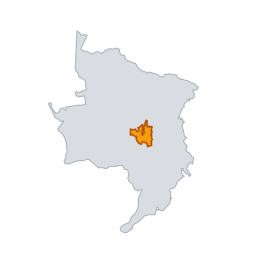 Colombia, with Cundinamarca highlighted, rotated 172°
{"feature_id": "COL-1398", "entity_name": "Cundinamarca", "entity_type": "Department", "adm_level": 1, "iso_a3": "COL", "parent_name": "Colombia", "parent_adm1": "", "projection": "orthographic", "projection_center": [-74.139, 4.765], "detail": "fine", "context": "in_parent", "style": "filled", "palette": "amber", "viewbox_px": 256, "rotation_deg": 172, "n_neighbors": 0, "source": "natural_earth", "source_scale": "10m", "svg_char_len": 7721}
<svg xmlns="http://www.w3.org/2000/svg" viewBox="0 0 256 256"><g transform="rotate(172 128 128)"><path d="M147.6,31.9L145.0,33.0L139.9,34.3L136.4,40.1L134.0,41.1L131.0,44.6L128.8,48.8L127.2,57.5L122.8,64.9L123.2,65.2L124.9,64.9L126.6,64.1L127.2,64.3L127.8,65.6L129.8,66.0L131.4,71.9L134.5,75.0L134.8,76.1L135.2,78.6L134.1,80.1L133.9,85.6L134.8,87.0L137.1,87.5L138.6,90.9L139.6,91.7L141.0,92.2L144.4,91.7L150.4,92.2L151.9,92.1L155.2,90.9L159.6,92.4L162.7,92.6L171.5,102.8L172.3,102.5L173.4,103.1L175.6,102.0L177.5,101.9L180.0,102.4L183.2,102.3L189.8,101.2L190.7,100.6L194.3,101.2L195.4,101.9L195.9,103.8L195.5,105.0L194.3,106.2L193.6,107.8L193.5,109.7L192.9,111.1L191.7,112.0L191.3,113.3L191.6,115.0L191.0,122.8L191.5,123.4L191.9,126.6L193.5,130.7L194.2,131.9L195.5,132.9L197.8,136.3L197.3,137.4L191.4,142.8L191.1,144.1L192.3,143.5L194.1,144.0L194.7,145.3L199.1,149.0L199.1,150.4L200.4,153.2L200.1,153.8L203.2,161.8L203.3,163.4L200.8,163.9L200.7,158.6L200.3,157.5L197.4,152.8L196.8,152.4L194.9,153.0L191.7,156.5L190.2,157.0L189.0,156.6L187.8,154.5L187.0,154.1L186.3,155.9L187.3,157.4L173.1,157.5L170.3,156.9L166.6,157.7L166.5,165.8L173.2,165.8L175.1,168.1L174.9,170.0L175.2,170.7L173.6,171.1L171.2,169.8L167.1,171.4L164.0,171.7L163.8,180.6L165.7,182.8L169.2,185.2L169.8,186.8L169.5,188.3L170.4,190.2L171.5,191.2L171.5,192.4L172.1,193.6L165.0,231.2L162.5,228.9L161.6,226.8L160.4,226.0L158.0,226.7L155.5,225.6L163.7,212.9L163.5,211.8L156.6,208.7L155.9,207.9L152.7,206.3L150.9,206.7L149.8,207.6L147.4,207.8L145.3,206.5L142.9,205.6L140.1,207.8L139.2,207.8L137.2,208.7L135.0,209.1L132.1,208.1L129.8,208.8L128.2,208.6L127.6,208.0L125.5,207.2L125.3,206.4L125.9,204.8L125.0,201.7L124.7,201.2L123.1,201.1L121.3,200.0L120.9,199.3L121.3,198.1L121.0,197.0L119.2,194.5L116.7,193.9L114.4,191.8L112.0,191.1L110.9,189.6L109.8,186.3L107.4,183.6L105.7,182.8L105.1,181.5L103.3,181.4L100.9,179.7L99.8,179.6L99.1,180.4L96.8,179.5L94.9,178.3L93.0,177.9L91.7,177.2L89.3,174.7L86.8,173.6L85.4,174.0L84.9,175.8L84.0,176.1L81.1,175.6L80.7,176.0L79.9,175.9L76.4,174.6L72.9,174.1L72.0,171.1L69.7,170.0L69.1,168.6L67.5,168.7L61.5,165.9L59.0,164.0L56.9,163.0L54.7,160.8L54.4,160.0L52.7,158.7L53.5,157.1L55.6,155.9L58.2,156.9L58.6,155.0L57.6,153.4L58.1,149.7L58.8,148.8L60.2,148.1L61.2,148.4L61.7,147.8L63.9,148.1L64.6,147.8L66.3,146.3L67.0,145.1L67.7,145.2L69.5,143.2L69.2,141.2L70.9,140.8L72.7,137.5L73.4,137.4L73.8,135.9L76.9,130.4L75.8,131.0L74.6,130.7L74.8,128.8L74.4,128.6L73.4,130.0L72.6,128.6L72.8,126.2L71.4,126.7L71.5,126.1L73.5,124.4L74.3,120.4L73.7,118.9L73.3,112.9L73.0,111.7L71.3,110.2L73.9,108.5L74.9,107.2L73.7,104.5L72.2,102.3L72.1,100.9L73.1,101.0L73.5,97.3L72.6,95.9L71.5,95.8L68.2,90.3L67.0,89.2L67.9,86.5L68.9,85.4L68.7,83.3L69.4,83.4L70.9,85.3L71.5,85.0L73.8,83.3L73.9,81.7L75.7,80.0L73.2,74.3L72.3,73.4L73.4,71.6L74.0,71.7L74.9,73.5L76.6,74.7L78.9,77.8L79.9,78.5L79.2,79.2L79.0,80.0L79.4,80.4L80.7,80.5L81.3,79.6L80.9,75.8L80.4,73.9L79.1,72.5L79.5,72.0L82.0,71.0L87.1,67.4L88.8,64.0L90.2,62.8L91.7,62.0L93.5,62.1L94.9,61.7L95.4,60.6L94.4,58.3L95.5,55.0L95.5,53.4L96.2,52.4L96.0,52.0L94.1,53.1L96.0,50.9L97.3,47.4L104.7,41.2L109.5,42.7L111.0,42.6L109.0,43.4L108.7,44.3L109.4,45.2L110.1,45.5L110.7,44.9L112.3,41.3L112.6,39.3L113.3,38.6L114.3,38.4L118.9,39.2L123.4,38.9L130.6,33.8L136.0,31.6L137.3,29.5L137.6,27.9L138.6,27.3L139.7,27.2L140.3,26.4L142.7,25.0L145.4,24.8L148.2,26.0L149.6,28.1L149.8,29.6L147.6,31.9ZM64.0,147.4L63.7,147.7L63.0,147.2L62.8,146.5L63.2,146.1L63.7,146.2L64.0,147.4Z" fill="#d9dde1" stroke="#a8b0b8" stroke-width="1"/><path d="M108.9,133.1L108.5,132.8L108.0,132.2L108.2,131.3L108.5,130.7L108.6,130.4L108.7,130.2L108.4,129.6L108.6,129.1L108.5,128.9L108.6,128.6L108.8,128.3L108.9,128.2L109.1,128.0L109.1,127.8L109.0,127.4L108.9,127.1L108.5,126.4L108.3,126.2L108.2,126.1L107.8,126.0L107.5,126.2L107.4,126.2L107.3,126.3L107.3,126.5L107.2,126.6L107.0,126.8L106.9,126.8L106.6,126.8L106.5,126.7L106.4,126.7L106.0,126.3L105.8,126.4L105.7,126.2L105.3,126.0L105.3,125.9L105.0,125.9L104.7,126.0L104.4,126.0L104.1,126.1L104.0,125.9L104.0,125.6L104.9,123.6L105.1,123.1L105.1,122.6L104.9,122.1L105.1,122.1L104.9,121.9L105.0,121.7L105.2,121.4L105.2,121.2L105.0,120.9L104.8,120.6L104.8,120.4L105.0,120.2L105.3,120.1L105.3,119.9L105.5,119.6L105.5,118.9L105.5,118.7L105.6,118.4L105.8,118.4L105.7,118.3L105.7,118.2L105.8,117.9L105.6,117.5L105.6,117.4L105.9,117.2L106.0,117.2L105.8,116.8L105.8,116.7L105.8,116.4L105.9,115.6L105.8,113.6L105.8,113.4L105.7,113.2L105.8,113.2L106.1,112.9L106.2,112.6L106.4,112.2L106.5,111.9L106.7,111.7L106.6,111.4L106.9,111.3L106.8,111.1L106.8,110.9L106.8,110.6L106.9,110.4L106.7,110.4L106.7,110.2L106.8,110.1L107.0,110.1L107.1,109.9L106.9,109.8L107.1,109.3L107.1,109.0L107.1,108.8L107.0,108.7L107.1,108.4L107.1,108.2L107.0,107.6L107.9,107.4L108.2,107.3L108.3,107.2L108.7,107.2L108.8,107.3L109.0,107.3L109.6,107.5L109.9,107.4L110.0,107.3L110.2,107.2L110.6,106.8L110.7,106.7L110.8,106.7L110.9,106.8L111.0,106.9L111.0,107.0L111.2,107.4L111.2,107.5L111.3,107.6L111.3,107.9L111.3,108.1L111.4,108.3L111.5,108.5L111.4,108.7L111.3,108.8L111.2,109.1L111.2,109.4L111.3,109.7L111.9,110.2L111.9,110.5L111.9,110.8L112.0,111.0L112.5,111.0L112.8,111.2L113.1,111.3L113.8,111.3L113.8,111.6L113.9,111.8L114.1,111.9L114.3,112.0L114.5,112.0L115.0,112.3L115.8,111.6L116.2,111.5L116.3,111.2L117.0,110.3L117.2,110.0L117.4,110.0L117.5,110.0L117.6,110.7L118.3,111.0L118.5,110.9L118.8,111.2L119.0,111.3L119.2,111.2L119.3,111.2L119.3,111.4L119.5,111.6L120.0,112.1L120.1,112.3L120.1,112.6L120.1,112.9L120.1,113.1L120.5,113.5L120.8,113.7L121.0,114.0L120.9,114.4L121.0,114.7L121.3,115.2L121.3,115.4L121.3,115.5L121.3,115.8L121.5,116.2L121.5,116.3L121.0,116.7L121.0,117.1L120.7,117.8L120.7,118.0L120.9,118.4L122.0,118.4L122.3,118.5L122.6,118.9L122.8,119.1L122.8,119.4L122.9,119.5L123.3,119.7L123.6,120.1L123.7,120.3L123.9,120.4L124.1,120.3L124.4,120.3L124.5,120.3L124.6,120.8L124.7,121.0L125.0,121.0L125.5,121.2L126.0,121.2L126.3,121.0L126.3,120.9L126.5,120.6L126.5,120.4L126.8,120.3L126.6,120.5L126.2,123.4L125.8,126.1L125.8,126.4L125.7,126.6L125.1,126.3L125.0,126.2L124.9,126.2L124.7,125.9L124.4,125.8L122.9,125.4L122.1,125.5L121.8,125.7L121.6,125.8L121.4,125.9L121.2,125.8L120.9,125.7L120.7,125.6L120.6,125.4L120.3,124.7L120.2,124.3L120.2,124.2L120.0,123.8L119.9,123.7L119.7,123.4L119.3,123.3L119.2,123.2L118.9,123.0L118.8,122.9L118.6,123.0L118.3,123.4L118.3,123.5L118.0,123.7L117.7,123.8L117.5,124.1L117.4,124.2L117.4,124.4L117.5,124.6L117.7,125.3L117.6,125.5L117.7,125.8L117.9,126.0L118.0,126.2L118.0,126.3L118.0,126.5L118.1,126.9L117.8,126.9L117.6,126.9L117.3,126.9L117.2,127.0L116.3,127.4L116.0,127.5L115.8,127.6L115.7,127.9L115.5,128.0L115.3,128.1L115.1,128.1L114.8,128.2L114.6,128.5L114.1,128.8L113.5,129.4L113.1,129.3L113.3,128.7L113.4,128.3L113.4,128.2L113.5,128.1L113.9,127.8L113.9,127.7L113.8,127.4L113.6,127.2L113.3,126.8L113.1,126.3L113.1,126.1L113.7,125.2L113.8,124.8L113.7,124.7L113.6,124.4L113.6,124.1L113.6,123.9L113.9,123.6L114.1,123.4L114.2,123.1L114.6,122.5L114.9,122.4L115.1,121.6L114.9,121.6L114.7,121.4L114.7,121.2L114.8,121.1L114.9,120.9L114.8,119.8L114.8,119.6L114.9,119.3L114.5,119.1L114.3,119.1L114.2,119.1L114.0,119.3L113.9,119.5L113.7,119.6L113.4,120.3L113.2,120.4L113.1,120.6L112.9,120.7L112.9,120.8L113.0,120.9L113.0,121.0L112.9,121.2L112.6,121.3L112.3,121.6L112.4,121.9L112.5,122.0L112.8,122.7L112.8,123.2L112.4,124.5L112.6,124.4L112.7,124.5L112.5,125.2L112.4,125.8L112.4,126.0L112.3,126.4L112.2,126.7L111.9,127.0L111.9,127.5L111.8,128.1L111.7,128.2L111.4,128.1L111.2,128.0L111.0,127.8L110.9,127.9L110.8,128.0L110.4,129.0L110.4,129.3L110.5,129.6L110.5,129.8L110.6,130.1L110.5,130.3L110.4,130.5L110.1,131.3L109.8,131.8L108.9,133.1Z" fill="#f59e0b" stroke="#b45309" stroke-width="1.5"/></g></svg>